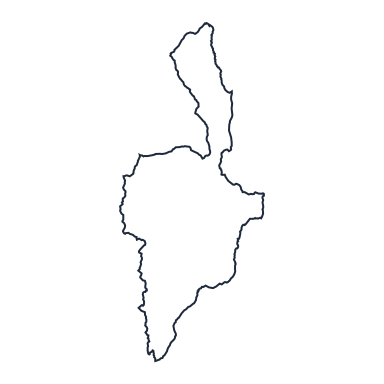 Pachitea, Huánuco, Peru (Natural Earth projection)
{"feature_id": "86281439B39001468378373", "entity_name": "Pachitea", "entity_type": "district", "adm_level": 2, "iso_a3": "PER", "parent_name": "Peru", "parent_adm1": "Huánuco", "projection": "natural_earth1", "projection_center": [-75.872, -9.94], "detail": "fine", "context": "isolated", "style": "outline", "palette": "slate", "viewbox_px": 384, "rotation_deg": 0, "n_neighbors": 0, "source": "geoboundaries", "source_scale": "gbopen_adm2", "svg_char_len": 6009}
<svg xmlns="http://www.w3.org/2000/svg" viewBox="0 0 384 384"><path d="M147.7,350.8L148.3,353.7L149.3,354.4L149.7,354.2L149.7,353.3L150.2,352.5L151.7,351.8L152.6,350.4L153.3,350.7L153.8,353.6L153.6,355.1L154.2,355.7L154.2,357.4L154.9,357.9L155.2,358.5L155.3,361.0L159.7,359.5L160.5,358.4L162.5,358.0L163.2,356.1L164.4,355.4L167.1,351.1L167.3,349.9L168.2,347.7L170.0,345.0L170.2,344.0L171.1,342.4L174.2,339.3L174.9,337.9L175.1,336.3L175.9,335.6L175.8,333.6L174.3,330.5L173.4,325.9L174.6,323.0L175.7,322.2L175.9,320.3L177.2,319.4L177.8,318.3L178.8,317.8L181.6,313.4L184.3,310.3L186.1,309.3L188.2,307.0L190.1,306.3L193.3,303.6L194.1,303.3L196.0,300.0L196.3,297.4L197.4,295.3L197.3,292.6L198.0,291.9L197.7,291.1L198.7,290.6L198.5,289.7L199.9,288.6L201.0,288.3L201.9,286.8L203.3,287.0L205.6,285.6L209.0,287.4L213.0,288.1L216.2,286.5L219.7,283.6L221.7,284.4L224.5,282.2L225.7,282.1L226.8,282.6L227.8,282.1L229.7,280.5L230.9,278.5L232.9,276.7L234.4,274.0L235.2,271.4L235.0,268.6L235.1,265.4L235.6,264.4L235.3,263.6L235.6,263.2L233.9,259.4L234.7,257.8L234.5,256.7L234.8,255.0L234.4,254.2L235.2,252.1L235.2,250.4L235.4,249.5L236.4,248.3L237.4,248.3L238.1,247.1L238.2,245.9L237.8,245.2L237.8,244.7L237.3,244.1L237.2,243.3L237.6,241.4L238.1,241.2L237.8,240.4L238.0,239.4L237.7,238.9L238.1,238.6L239.0,238.7L239.5,237.6L240.4,232.9L240.0,231.8L241.5,229.7L241.5,227.8L242.3,225.7L243.2,224.8L244.1,225.0L244.6,224.6L244.9,224.9L245.7,224.2L249.9,218.8L253.8,218.8L255.1,218.0L255.7,218.5L257.3,218.3L258.0,218.6L260.3,217.7L261.1,218.3L262.0,216.8L263.1,213.6L262.8,209.8L262.5,209.4L263.2,207.7L263.2,205.8L262.5,202.5L263.2,200.0L262.4,197.6L262.8,196.2L263.9,195.7L263.9,194.0L263.6,193.6L262.9,193.3L262.3,193.7L258.6,193.6L255.4,192.3L254.7,192.7L254.0,194.0L252.1,194.2L250.9,193.8L248.9,194.5L244.6,192.1L242.6,192.1L242.2,190.7L241.3,189.7L240.6,186.8L239.3,185.1L236.7,183.8L235.7,183.9L234.6,184.7L233.0,184.6L228.3,180.9L225.7,177.1L224.8,174.7L222.1,174.9L221.4,174.5L221.8,172.5L221.4,170.1L220.7,169.5L220.6,168.5L219.8,168.2L219.2,165.6L219.3,165.0L219.8,164.4L221.1,161.5L220.8,159.4L221.9,157.0L221.4,154.1L221.7,152.8L222.4,152.6L223.9,150.7L226.0,149.7L227.5,149.6L228.9,151.2L230.7,150.1L231.1,149.6L230.8,147.1L231.7,146.0L231.7,142.4L231.1,137.4L229.0,130.5L229.3,124.5L229.9,122.3L229.9,121.1L231.8,117.5L232.4,115.3L231.6,108.4L232.2,103.5L231.1,99.3L231.2,96.4L231.9,93.7L231.8,91.4L229.8,92.8L227.6,92.0L225.3,89.9L224.3,88.0L224.1,86.5L222.4,84.7L221.7,82.7L221.6,80.1L221.2,79.4L221.4,78.5L220.4,76.7L220.8,74.9L220.3,73.9L220.4,73.1L221.2,71.5L220.9,70.4L219.5,68.8L219.1,67.7L217.8,67.4L217.7,66.6L216.9,66.1L216.4,64.7L215.5,63.7L215.5,61.9L215.1,61.4L215.5,59.6L214.8,59.0L214.9,57.1L215.3,56.4L214.5,54.9L214.9,53.8L214.4,53.6L214.1,52.7L213.6,52.6L213.7,51.7L212.9,50.0L213.1,48.7L212.2,47.7L212.3,47.2L211.1,45.2L211.3,43.8L211.9,42.7L211.2,41.7L211.5,41.2L211.2,40.8L211.5,40.6L211.8,39.4L211.5,38.2L211.9,35.5L211.4,35.0L212.7,33.2L212.6,31.8L213.4,30.0L213.0,28.0L212.3,26.8L210.1,25.2L209.5,26.0L208.9,25.2L208.7,24.3L206.5,23.0L205.8,23.3L205.6,23.9L204.8,23.5L202.1,26.9L200.5,27.9L199.4,29.0L199.2,29.9L197.6,32.2L195.1,33.9L192.7,32.8L192.0,32.9L190.4,32.4L186.9,33.6L186.0,34.4L184.5,36.0L183.6,38.3L181.7,40.2L178.7,45.8L174.4,49.9L174.5,50.8L173.9,51.8L171.4,52.8L170.8,53.4L171.1,53.7L170.2,55.7L171.6,56.7L173.1,59.5L174.7,60.6L174.7,62.5L175.3,64.0L175.7,66.3L175.5,67.8L176.2,69.8L177.4,70.7L178.1,71.9L177.8,74.4L179.2,77.3L180.1,78.8L181.2,79.7L181.6,80.6L183.3,82.1L183.9,84.5L185.0,86.1L186.3,86.8L186.9,87.6L188.5,88.4L189.1,89.1L189.7,89.2L190.2,89.9L189.8,91.2L190.1,92.2L192.7,95.6L194.0,96.4L195.0,99.4L196.3,100.1L196.7,101.2L198.4,103.0L198.6,106.6L196.5,108.7L195.2,113.0L195.4,113.5L197.6,114.6L203.3,121.1L204.8,122.3L205.2,123.8L206.3,124.6L206.6,126.0L207.7,128.0L207.2,131.1L207.8,135.0L206.9,136.7L206.6,138.9L207.0,141.0L208.2,142.6L209.3,146.0L209.5,149.5L210.0,150.5L210.2,152.2L209.8,153.8L208.9,155.0L207.6,155.7L206.8,155.5L205.5,155.8L203.9,158.1L202.5,158.6L200.7,155.5L198.8,154.5L197.9,153.4L191.1,150.2L190.4,147.7L189.5,146.8L184.6,146.2L183.5,146.6L181.5,146.5L179.8,147.1L175.7,147.3L173.8,149.1L173.0,149.2L171.5,151.4L169.2,151.8L165.7,153.4L162.2,154.0L159.8,153.8L155.4,154.0L155.0,154.5L152.4,155.2L147.3,156.1L144.2,156.0L143.5,156.4L142.0,155.4L140.6,155.4L139.7,154.9L140.0,156.3L138.5,159.7L137.9,160.7L137.9,161.7L136.6,165.3L135.4,166.0L134.8,167.0L134.7,168.5L133.6,170.9L133.5,173.1L133.1,173.5L133.1,173.9L129.8,176.3L127.0,175.4L125.9,175.5L124.5,176.2L123.5,176.2L123.7,177.6L125.1,180.7L124.7,182.4L124.9,183.6L123.1,187.5L123.8,189.5L125.4,191.1L125.6,192.0L125.1,193.7L125.4,195.8L124.4,197.3L122.8,198.5L122.7,200.2L123.0,201.3L121.9,202.5L122.5,203.4L122.6,204.2L120.1,206.3L120.6,209.3L120.2,210.2L120.2,211.0L121.5,213.6L123.3,215.0L123.3,219.6L122.4,221.1L122.4,221.7L124.0,223.0L124.8,224.5L125.1,225.8L124.8,227.7L123.2,230.5L123.0,231.6L124.2,233.4L125.1,233.8L125.6,233.2L128.4,232.8L130.1,234.0L132.7,234.7L134.7,236.5L136.6,237.1L136.5,238.2L136.9,239.7L139.0,238.6L141.7,240.1L142.2,239.8L143.3,240.1L144.8,241.2L145.4,243.3L145.1,244.9L144.0,245.4L140.3,249.4L139.0,251.2L138.9,252.0L139.2,252.5L141.6,253.7L141.1,256.2L141.8,257.5L142.0,259.1L140.6,262.3L141.1,264.0L140.3,266.6L139.7,267.6L139.8,269.0L138.3,270.6L141.6,273.4L141.2,275.2L140.3,276.6L140.3,277.6L142.8,280.3L144.9,280.8L145.7,283.3L145.2,287.2L145.7,288.4L146.5,288.9L146.9,290.0L146.8,290.6L145.8,290.9L145.4,291.9L144.5,291.8L143.5,292.3L142.9,293.3L142.8,294.5L143.6,297.8L143.1,299.5L143.9,300.8L144.1,302.9L143.8,304.9L143.0,305.7L142.6,305.2L141.8,305.1L138.6,307.9L141.4,310.8L144.9,312.2L145.0,314.8L146.1,317.0L145.9,318.3L146.4,319.6L146.3,321.8L145.5,322.8L145.5,324.6L145.2,325.5L146.8,327.3L147.3,328.7L146.9,330.8L145.5,332.4L147.4,335.1L148.4,335.4L148.2,337.1L147.7,338.0L148.5,338.8L148.6,340.0L149.3,341.5L148.4,342.0L147.6,343.3L148.1,346.3L147.6,347.6L147.7,350.8Z" fill="none" stroke="#1e293b" stroke-width="2"/></svg>